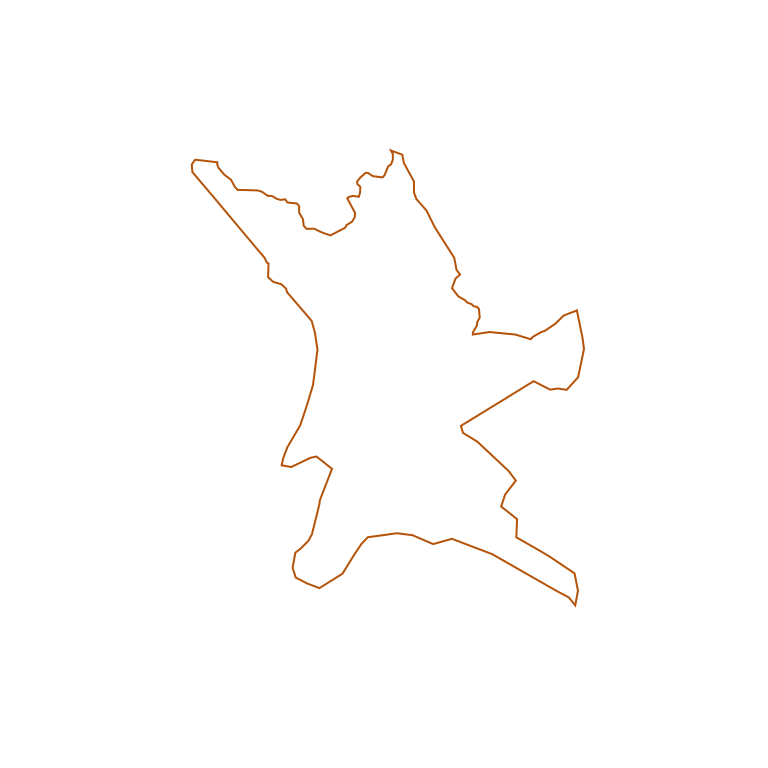 the district of Kisangani, Orientale, Democratic Republic of the Congo, rotated 297°
{"feature_id": "63176286B93910554563220", "entity_name": "Kisangani", "entity_type": "district", "adm_level": 2, "iso_a3": "COD", "parent_name": "Democratic Republic of the Congo", "parent_adm1": "Orientale", "projection": "albers", "projection_center": [25.29, 0.544], "detail": "fine", "context": "isolated", "style": "outline", "palette": "amber", "viewbox_px": 768, "rotation_deg": 297, "n_neighbors": 0, "source": "geoboundaries", "source_scale": "gbopen_adm2", "svg_char_len": 2722}
<svg xmlns="http://www.w3.org/2000/svg" viewBox="0 0 768 768"><g transform="rotate(297 384 384)"><path d="M492.2,113.1L485.8,117.1L473.7,146.1L455.9,187.9L447.4,207.9L442.1,220.6L439.0,224.4L439.0,224.9L439.0,226.4L435.9,227.8L426.6,232.2L426.4,232.8L424.7,238.9L426.0,245.7L426.3,247.2L425.5,250.1L424.4,253.6L422.2,255.5L421.8,255.9L407.4,290.9L398.2,299.3L384.3,309.2L381.9,310.0L365.4,316.0L362.1,317.2L350.8,321.2L328.8,325.2L310.5,327.9L309.0,328.1L283.8,326.6L272.0,327.9L265.1,329.7L267.9,339.0L285.0,352.1L288.7,356.8L286.6,367.4L284.8,376.2L251.4,379.6L247.6,381.0L217.4,388.0L209.9,387.8L199.6,384.5L193.5,381.6L178.6,386.1L171.4,393.4L171.4,406.2L172.8,419.1L196.1,433.1L219.7,435.1L231.2,436.5L240.1,439.1L248.8,451.7L256.8,463.1L259.6,470.7L262.2,477.9L263.7,500.5L276.9,514.8L281.5,557.5L278.0,631.2L277.7,645.7L273.6,654.9L288.0,650.6L298.7,642.2L301.8,639.7L305.5,608.8L306.2,597.9L306.7,587.4L307.5,571.5L324.0,563.9L328.0,544.0L340.6,542.1L357.8,545.3L363.1,534.4L375.0,493.3L376.3,476.6L381.6,471.5L410.8,489.4L417.0,493.2L454.4,516.0L454.4,534.6L459.0,541.1L461.7,549.4L478.2,553.9L506.0,546.3L515.3,539.9L529.3,528.7L537.2,522.4L536.6,522.0L526.7,513.1L515.3,509.2L514.2,508.6L504.3,503.1L501.6,500.5L493.6,495.2L490.5,494.4L487.7,478.6L478.2,454.4L468.4,440.7L469.8,440.0L470.2,439.8L478.4,440.2L480.2,439.5L481.6,439.0L482.5,439.0L483.4,439.0L483.7,439.0L486.4,439.1L486.7,439.1L493.9,434.6L494.9,431.8L494.1,428.9L494.0,428.4L494.3,427.4L494.9,425.9L494.6,422.9L494.4,421.1L495.4,418.3L495.5,416.8L495.8,410.5L500.2,401.1L508.4,400.1L510.5,399.9L511.1,400.1L516.0,402.1L516.3,401.5L518.7,396.7L523.2,393.3L528.3,389.3L546.7,358.1L557.9,343.0L563.5,328.9L568.2,323.8L578.1,318.7L581.3,314.0L590.0,301.3L596.6,296.2L595.2,284.2L593.6,286.6L593.0,287.4L591.1,288.4L588.0,290.0L582.9,290.6L579.9,288.9L570.2,289.7L567.4,288.9L566.9,287.4L565.8,284.4L564.4,280.4L564.1,279.8L564.8,273.9L563.8,271.8L558.6,269.7L557.5,269.2L556.9,269.1L552.3,268.1L550.1,269.5L549.8,270.5L548.9,273.4L546.8,274.4L543.9,275.7L542.0,276.1L539.4,276.5L537.4,270.7L535.0,268.1L534.5,267.5L532.7,267.0L523.3,280.6L519.4,282.2L516.0,282.0L514.2,281.9L513.4,281.4L510.7,279.8L508.5,278.4L507.2,278.5L505.7,278.5L503.7,277.1L492.1,268.8L491.1,261.9L490.7,257.2L490.7,251.4L487.1,244.6L488.5,240.6L494.0,237.0L498.0,230.8L502.0,228.6L503.9,227.7L505.3,224.5L501.9,215.6L503.7,212.1L501.1,208.4L501.0,207.8L500.3,204.5L500.7,199.0L498.9,194.9L499.9,187.9L499.7,186.9L499.1,183.5L497.4,179.9L496.2,177.4L494.2,173.1L490.5,165.5L490.9,164.5L492.0,161.4L493.5,159.3L496.5,155.0L497.7,148.4L498.0,146.7L501.5,138.3L504.3,135.4L505.9,134.9L501.0,121.6L498.1,113.9L492.2,113.1Z" fill="none" stroke="#b45309" stroke-width="2"/></g></svg>